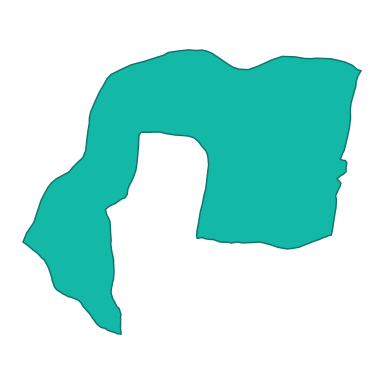 Kpi, Grand Kru, Liberia
{"feature_id": "62588387B64851496201268", "entity_name": "Kpi", "entity_type": "district", "adm_level": 2, "iso_a3": "LBR", "parent_name": "Liberia", "parent_adm1": "Grand Kru", "projection": "natural_earth1", "projection_center": [-8.139, 4.966], "detail": "fine", "context": "isolated", "style": "filled", "palette": "teal", "viewbox_px": 384, "rotation_deg": 0, "n_neighbors": 0, "source": "geoboundaries", "source_scale": "gbopen_adm2", "svg_char_len": 2994}
<svg xmlns="http://www.w3.org/2000/svg" viewBox="0 0 384 384"><path d="M121.1,334.1L120.4,327.6L120.6,324.1L120.6,316.2L121.0,314.3L118.9,308.1L117.1,307.0L113.8,300.3L112.9,299.4L111.1,293.1L111.1,291.7L111.2,289.7L111.9,286.1L112.6,281.9L113.4,279.9L114.0,272.4L114.0,270.7L113.6,263.7L113.5,259.3L112.3,253.7L111.8,251.8L110.7,243.6L111.2,240.6L110.5,232.1L110.5,230.1L110.0,221.8L109.2,219.6L108.5,218.1L106.7,214.9L105.4,209.4L106.0,208.9L109.3,206.2L112.5,204.6L115.2,203.5L118.9,200.9L121.6,199.0L124.8,197.9L127.2,194.5L127.5,191.9L127.8,189.4L129.2,185.7L131.1,182.2L133.3,177.4L135.7,170.9L136.4,167.0L137.2,160.8L137.4,158.8L138.5,146.0L138.7,140.4L139.0,135.1L141.1,132.2L148.4,132.3L155.4,132.0L160.4,132.1L164.7,133.3L168.3,133.9L175.1,135.0L183.9,135.6L189.3,136.2L194.5,138.1L197.1,140.4L198.1,141.2L201.7,146.0L205.7,150.6L207.4,154.4L208.1,158.7L208.6,165.3L207.8,171.2L206.8,180.3L205.7,189.0L203.7,196.7L202.6,203.2L201.0,209.2L200.5,211.1L199.7,215.6L198.3,224.4L196.9,231.3L196.7,235.9L197.2,238.3L202.8,237.5L204.1,238.5L210.5,239.5L212.9,239.4L219.9,241.9L222.8,242.1L228.9,242.4L231.3,243.0L236.6,242.1L239.2,242.3L242.1,242.9L249.3,242.6L251.0,242.5L257.0,242.2L258.4,242.2L260.1,242.0L267.9,244.0L269.9,244.5L277.4,247.1L281.7,248.0L286.9,248.9L291.5,248.5L299.1,247.2L303.4,245.4L309.2,243.1L313.2,241.5L319.5,239.4L321.6,238.3L329.8,235.3L331.3,235.0L332.5,229.4L334.6,215.4L335.9,208.1L336.2,203.6L336.5,199.6L335.6,195.8L337.4,191.7L339.8,186.8L340.9,183.3L339.7,181.7L337.1,178.6L338.2,177.7L341.2,175.3L343.3,174.4L346.1,171.6L346.0,167.4L346.4,165.3L346.8,162.8L345.3,160.5L342.3,160.2L340.3,158.7L341.2,157.0L342.9,152.8L344.2,150.3L347.0,138.9L348.8,130.6L349.3,128.3L350.5,118.6L350.4,112.2L350.3,109.8L351.0,103.4L353.0,96.0L355.8,86.1L356.1,81.7L357.5,77.1L360.0,72.4L361.0,70.8L357.2,69.6L352.5,65.4L344.8,62.0L336.7,60.0L330.8,58.8L324.6,58.5L317.3,58.2L311.6,58.6L310.7,58.6L305.4,58.6L295.3,56.9L293.1,56.8L282.3,56.4L272.3,59.7L258.7,65.9L248.5,69.7L239.1,69.2L233.3,67.4L228.7,64.6L226.6,63.2L223.8,61.3L217.7,57.1L212.2,53.4L206.3,51.0L202.2,50.1L196.0,50.5L189.9,50.0L188.0,49.9L178.4,51.0L168.3,52.5L163.4,55.3L152.6,58.7L144.1,61.4L131.3,64.8L121.4,69.3L120.0,70.0L111.2,74.4L107.0,78.9L106.4,80.0L104.9,82.7L104.6,83.3L99.5,92.0L94.9,101.9L90.9,111.3L89.6,116.9L89.4,117.8L89.3,123.4L88.0,130.7L86.6,141.9L85.8,149.7L85.7,150.7L82.7,157.8L77.0,163.0L72.4,167.7L69.2,171.8L63.5,174.9L56.7,178.6L51.1,183.2L47.7,187.9L44.7,193.2L41.1,200.3L40.4,202.4L38.1,209.3L36.0,215.8L33.9,222.3L26.7,232.9L23.0,242.1L27.3,245.0L33.7,250.5L37.2,252.9L41.9,258.0L43.8,259.5L45.6,262.1L47.9,266.4L49.8,271.3L51.8,277.6L52.1,280.0L54.7,287.4L55.5,288.2L56.7,289.7L58.7,291.2L61.0,292.4L62.2,293.4L68.8,296.8L70.8,297.1L76.4,299.3L78.4,300.3L80.8,302.5L83.5,307.0L84.4,307.8L85.9,309.5L90.7,315.1L91.3,316.4L96.8,324.0L98.7,325.4L100.5,327.1L105.9,328.8L107.6,330.2L115.3,332.7L117.0,333.6L121.1,334.1Z" fill="#14b8a6" stroke="#0f766e" stroke-width="1.5"/></svg>